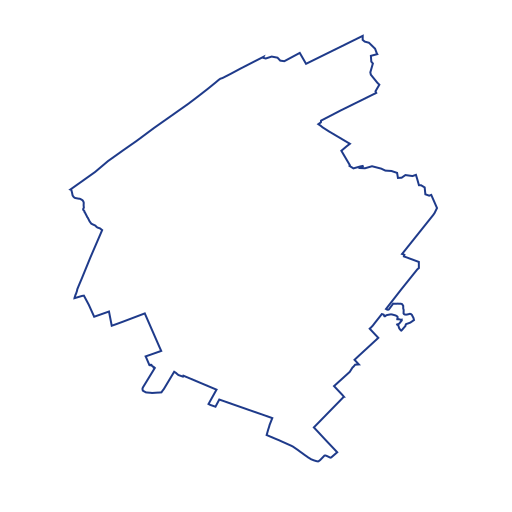 outline of Recea, Arges, Romania, rotated 175°
{"feature_id": "2599482B23278439531937", "entity_name": "Recea", "entity_type": "district", "adm_level": 2, "iso_a3": "ROU", "parent_name": "Romania", "parent_adm1": "Arges", "projection": "robinson", "projection_center": [25.033, 44.555], "detail": "fine", "context": "isolated", "style": "outline", "palette": "blue", "viewbox_px": 512, "rotation_deg": 175, "n_neighbors": 0, "source": "geoboundaries", "source_scale": "gbopen_adm2", "svg_char_len": 4405}
<svg xmlns="http://www.w3.org/2000/svg" viewBox="0 0 512 512"><g transform="rotate(175 256 256)"><path d="M433.8,335.6L433.7,334.8L433.7,334.7L433.4,332.2L432.5,330.7L431.6,329.8L430.9,329.5L427.8,328.6L426.6,328.4L426.2,328.2L425.7,327.9L424.0,326.7L423.7,326.2L423.4,325.7L423.0,324.5L423.0,323.8L423.3,321.6L423.3,320.6L423.3,319.2L424.1,317.8L424.1,317.2L424.0,316.9L423.0,315.5L423.0,315.4L422.9,314.4L422.6,314.1L422.3,313.5L422.1,313.1L422.0,312.6L421.8,312.1L421.4,311.3L421.1,310.5L420.8,309.6L420.2,308.7L420.0,308.1L419.7,307.4L418.7,304.9L418.0,303.8L417.3,302.6L415.7,301.6L413.9,300.6L413.2,300.1L412.6,299.2L411.5,298.2L409.0,297.1L407.0,295.2L421.0,269.2L422.4,266.5L431.6,248.6L435.1,242.0L436.9,238.5L437.4,236.8L438.7,233.8L439.0,233.5L440.4,230.2L440.5,229.8L432.7,231.4L430.9,231.5L426.8,221.9L422.5,209.6L407.3,213.5L405.8,199.1L401.1,200.3L394.5,202.1L371.8,208.5L367.4,195.4L360.2,174.0L358.7,169.7L374.7,165.6L374.5,165.0L374.6,165.5L371.7,156.6L370.9,156.3L370.5,156.5L370.3,156.8L369.7,156.7L369.1,155.5L367.6,154.4L367.4,154.2L367.7,154.1L367.8,154.0L367.7,153.8L367.7,153.7L366.7,153.1L380.2,134.8L380.7,133.5L380.5,131.8L379.9,131.3L378.7,130.5L377.5,129.7L375.8,129.4L374.1,129.1L372.8,128.9L371.5,128.6L366.2,128.5L364.1,128.4L362.1,128.4L360.8,130.0L359.4,131.5L347.6,147.8L345.8,146.4L345.1,145.6L344.3,144.8L343.7,144.2L339.3,142.2L338.8,143.1L322.9,134.7L307.0,126.3L316.2,112.7L314.8,111.8L314.0,111.4L313.1,111.0L309.5,109.4L307.3,112.8L305.1,116.2L290.7,109.7L279.6,104.7L276.1,103.1L265.8,98.5L253.9,93.1L257.1,86.7L258.0,84.3L259.0,82.0L261.0,76.7L252.3,72.1L249.0,70.4L246.4,68.9L243.3,67.2L242.6,66.8L241.9,66.4L237.4,63.9L235.8,62.9L234.6,61.9L233.5,61.0L231.3,59.2L229.3,57.4L229.2,57.3L227.3,55.7L224.7,53.4L223.1,52.1L221.5,50.7L220.2,49.8L219.0,48.8L217.0,47.8L216.2,47.4L214.0,46.5L212.8,46.1L212.2,46.0L211.7,46.0L209.9,47.1L205.2,51.2L204.1,51.2L202.5,50.4L200.0,48.9L199.2,48.6L198.6,48.8L192.2,53.4L194.5,56.3L201.5,65.1L213.3,80.2L180.8,108.1L180.7,108.1L182.1,110.1L189.6,119.6L172.7,132.4L169.5,136.6L168.7,137.1L166.7,139.1L163.0,139.0L166.9,144.0L161.4,148.3L141.3,163.8L149.1,173.7L149.0,173.8L148.8,173.9L147.5,174.9L145.7,176.5L143.6,178.8L138.7,184.0L135.7,187.2L134.0,186.5L133.7,186.0L133.6,185.4L133.3,184.8L132.9,184.7L132.7,184.7L132.5,184.8L132.2,185.0L132.0,185.3L131.0,185.7L130.2,185.8L127.3,186.1L125.9,186.0L122.1,184.6L120.9,183.8L120.3,183.1L120.3,182.4L120.4,182.0L120.4,181.6L120.8,180.9L120.8,180.7L119.6,180.5L119.2,180.6L117.9,180.1L117.5,179.9L117.0,179.8L116.4,179.9L116.4,179.1L119.3,176.1L120.0,175.8L121.1,175.6L121.4,175.5L121.3,175.2L120.5,174.7L120.2,174.1L119.7,171.7L119.2,170.7L118.0,169.1L117.7,169.0L116.7,169.9L115.9,170.7L115.1,171.5L113.3,173.2L112.8,174.6L112.4,175.1L110.3,175.6L108.1,176.2L104.2,178.4L104.5,180.4L104.7,181.1L104.9,181.5L105.1,181.8L105.2,182.1L105.5,182.9L105.8,183.7L106.8,184.7L107.8,185.0L108.3,184.9L108.7,184.8L110.9,184.5L112.3,184.6L112.8,184.7L113.6,185.2L114.0,185.9L113.9,186.8L113.6,189.4L113.9,190.8L113.9,191.0L113.7,193.5L113.9,193.8L114.3,194.7L114.9,195.5L116.3,195.9L117.9,196.0L118.4,196.1L119.0,196.2L119.9,196.2L120.3,196.2L122.7,196.4L123.5,196.6L128.2,191.3L128.5,191.1L128.8,191.0L129.9,191.1L131.1,191.9L114.0,210.3L96.5,228.6L94.8,229.8L94.3,235.9L108.7,242.7L108.1,244.3L110.3,245.3L75.9,281.4L74.4,283.2L71.5,288.0L76.1,301.6L78.2,301.0L81.9,302.7L82.0,309.6L85.4,312.1L87.5,312.3L88.6,318.1L89.6,322.9L93.1,322.0L100.1,323.6L104.1,321.3L107.8,321.4L108.2,326.5L113.7,328.9L119.7,329.8L123.6,332.1L132.6,335.3L139.8,333.9L144.2,334.5L141.1,336.5L144.4,336.1L151.3,334.8L155.0,337.6L154.6,338.3L161.8,353.4L156.4,357.2L152.7,359.6L172.4,373.7L178.5,378.4L180.1,380.0L182.4,381.9L179.7,383.5L179.4,385.2L159.0,393.6L122.0,408.0L122.6,409.7L118.2,415.9L120.0,418.0L125.8,426.6L126.1,429.0L122.8,437.6L124.2,439.6L124.1,445.4L117.6,446.5L118.1,447.7L119.3,452.1L124.9,458.6L129.0,460.1L130.9,462.0L130.5,466.0L182.7,445.7L189.4,443.1L194.7,454.5L210.8,447.6L214.8,448.5L217.3,451.7L223.0,453.3L229.1,451.9L231.8,452.9L231.3,453.7L241.5,449.6L243.2,448.9L255.0,444.1L265.5,439.6L273.9,436.2L276.1,435.7L277.8,434.7L280.8,432.6L281.2,432.3L289.8,426.5L299.4,420.3L310.2,413.5L346.5,392.4L365.0,381.0L379.1,372.9L395.1,363.5L409.0,353.7L427.1,343.1L435.1,338.4L434.3,338.0L434.1,337.4L434.0,336.5L433.8,335.6Z" fill="none" stroke="#1e3a8a" stroke-width="2"/></g></svg>